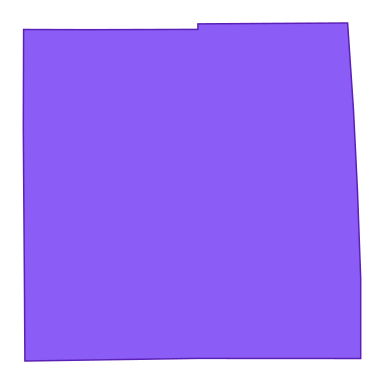 Ingham, Michigan, United States of America
{"feature_id": "52423323B68700742092753", "entity_name": "Ingham", "entity_type": "district", "adm_level": 2, "iso_a3": "USA", "parent_name": "United States of America", "parent_adm1": "Michigan", "projection": "equal_earth", "projection_center": [-84.365, 42.599], "detail": "fine", "context": "isolated", "style": "filled", "palette": "violet", "viewbox_px": 384, "rotation_deg": 0, "n_neighbors": 0, "source": "geoboundaries", "source_scale": "gbopen_adm2", "svg_char_len": 289}
<svg xmlns="http://www.w3.org/2000/svg" viewBox="0 0 384 384"><path d="M197.9,23.9L197.9,29.4L89.5,29.7L23.6,29.5L23.3,128.7L24.4,277.5L24.9,361.0L197.0,358.4L360.7,358.5L360.7,278.5L357.5,191.6L353.5,110.1L347.6,23.0L197.9,23.9Z" fill="#8b5cf6" stroke="#5b21b6" stroke-width="1.5"/></svg>